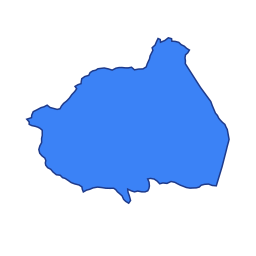 Petrolândia, Santa Catarina, Brazil, rotated 75°
{"feature_id": "56859067B13644599317912", "entity_name": "Petrolândia", "entity_type": "district", "adm_level": 2, "iso_a3": "BRA", "parent_name": "Brazil", "parent_adm1": "Santa Catarina", "projection": "natural_earth1", "projection_center": [-49.688, -27.554], "detail": "fine", "context": "isolated", "style": "filled", "palette": "blue", "viewbox_px": 256, "rotation_deg": 75, "n_neighbors": 0, "source": "geoboundaries", "source_scale": "gbopen_adm2", "svg_char_len": 2099}
<svg xmlns="http://www.w3.org/2000/svg" viewBox="0 0 256 256"><g transform="rotate(75 128 128)"><path d="M67.0,152.3L67.1,156.4L68.4,159.9L70.7,161.0L73.0,161.9L73.2,165.1L74.1,168.4L76.8,167.4L79.0,170.0L81.3,173.7L84.0,176.9L86.1,180.4L87.6,183.9L89.6,186.6L91.8,188.7L91.7,191.6L90.2,194.2L88.0,198.0L85.0,200.2L85.8,203.7L85.8,206.6L86.9,211.4L87.7,215.3L90.7,217.7L93.0,218.5L93.3,223.5L96.5,221.9L98.9,222.5L100.7,220.4L102.4,217.1L103.9,214.8L105.6,213.0L108.0,211.4L110.5,212.1L112.9,212.7L115.8,214.2L119.7,215.2L122.5,217.8L125.7,219.7L129.5,219.8L132.5,218.4L135.5,216.1L138.2,215.8L140.3,216.9L142.6,217.1L145.5,215.9L147.9,213.3L151.3,211.7L154.6,209.3L156.1,205.7L159.0,204.1L160.4,201.8L163.2,199.3L166.0,197.0L168.1,194.1L170.4,190.0L172.9,187.8L175.4,188.0L178.2,187.7L177.3,184.2L177.3,180.8L176.8,177.2L177.2,172.7L178.9,168.4L180.4,165.0L181.5,161.3L182.5,157.4L184.4,155.8L186.9,154.7L189.1,153.2L192.0,151.3L195.8,150.7L198.3,149.2L200.8,146.8L198.7,144.3L193.6,144.3L189.9,144.6L187.0,144.1L189.7,140.9L191.4,138.2L191.4,135.0L193.2,131.3L194.1,128.1L193.8,125.2L191.9,123.5L189.5,122.3L185.8,121.7L182.3,122.2L182.5,119.3L184.1,115.9L186.8,113.6L190.1,111.8L190.1,108.5L191.6,104.7L190.8,100.3L192.6,96.8L194.5,94.8L196.8,92.2L198.9,89.3L200.6,87.0L202.1,83.7L202.7,81.0L203.5,77.5L203.5,74.5L202.2,72.1L202.2,68.7L203.0,64.7L205.3,61.5L206.7,57.7L189.8,47.2L174.9,38.8L171.4,36.9L167.7,34.7L165.1,33.3L155.1,32.5L152.5,33.1L149.6,33.5L147.0,35.3L144.5,36.7L142.1,37.8L139.0,38.4L136.3,39.7L128.3,40.8L123.8,41.2L107.6,47.5L87.1,54.0L80.7,56.0L77.8,55.1L75.0,54.8L72.2,53.5L70.8,50.8L68.6,48.5L66.2,50.8L63.6,52.4L61.2,55.1L58.4,56.8L56.6,59.9L55.5,63.2L53.0,62.8L51.3,65.7L53.0,69.7L53.6,74.4L50.9,73.9L49.3,75.8L51.7,77.9L54.9,80.4L56.7,83.9L59.5,83.9L61.7,85.9L64.1,88.0L66.9,89.4L68.9,91.1L71.0,92.8L73.7,94.6L74.8,98.3L73.8,102.6L73.5,106.7L70.2,108.9L70.0,112.3L69.2,115.1L68.0,118.2L67.3,121.1L67.1,124.2L68.0,128.3L65.8,131.7L63.9,135.4L63.4,138.7L63.0,141.7L63.8,144.2L63.7,147.3L64.6,150.2L67.0,152.3Z" fill="#3b82f6" stroke="#1e3a8a" stroke-width="1.5"/></g></svg>